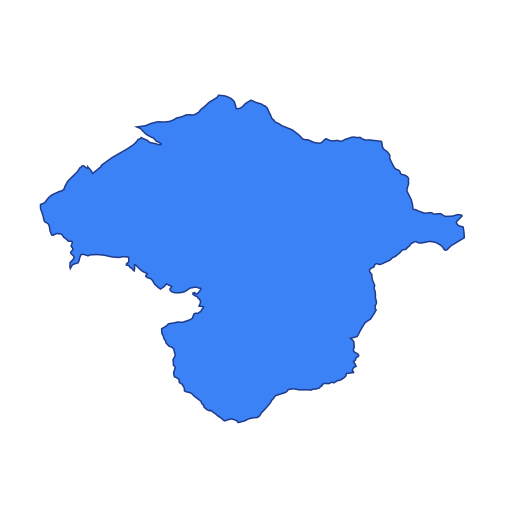 the district of Provita De Jos, Prahova, Romania, rotated 174°
{"feature_id": "2599482B19727908456593", "entity_name": "Provita De Jos", "entity_type": "district", "adm_level": 2, "iso_a3": "ROU", "parent_name": "Romania", "parent_adm1": "Prahova", "projection": "natural_earth1", "projection_center": [25.674, 45.11], "detail": "fine", "context": "isolated", "style": "filled", "palette": "blue", "viewbox_px": 512, "rotation_deg": 174, "n_neighbors": 0, "source": "geoboundaries", "source_scale": "gbopen_adm2", "svg_char_len": 6102}
<svg xmlns="http://www.w3.org/2000/svg" viewBox="0 0 512 512"><g transform="rotate(174 256 256)"><path d="M276.3,419.8L278.3,417.7L286.7,413.7L290.8,410.5L295.8,407.3L297.3,405.5L298.3,404.8L301.8,403.2L304.2,402.8L307.1,403.4L310.9,403.6L315.2,402.2L320.8,401.5L323.5,400.1L327.4,398.9L333.2,398.8L339.8,399.8L346.6,398.8L352.4,397.1L361.1,396.8L357.3,394.7L356.0,392.7L352.4,388.4L347.7,385.1L345.6,384.0L343.3,380.8L342.3,380.0L340.6,379.4L338.7,377.4L339.3,376.7L341.6,377.1L344.1,378.2L350.1,380.1L350.7,381.1L351.8,382.2L357.9,385.8L358.0,385.3L358.6,384.8L361.1,384.2L362.6,382.4L366.2,379.5L373.3,375.8L388.7,369.0L399.3,363.0L400.8,361.6L400.9,360.9L409.9,355.2L411.2,358.3L413.9,362.1L413.9,361.1L414.9,360.9L417.8,363.6L419.4,363.8L420.6,362.7L421.9,362.1L425.1,358.2L434.2,351.1L436.2,349.0L438.8,345.1L440.0,342.4L441.3,341.8L442.3,340.8L443.6,341.0L445.0,340.7L451.7,338.4L454.1,337.3L456.6,335.3L460.4,331.3L462.7,330.3L464.9,329.8L465.2,327.8L465.3,325.6L463.7,318.8L463.0,313.0L462.4,312.0L460.0,310.4L458.8,308.9L458.3,305.3L458.4,303.8L457.4,299.2L456.7,298.0L455.7,297.8L452.1,299.2L447.3,298.2L446.7,297.6L445.2,294.7L442.5,292.3L441.3,290.6L440.9,290.3L438.1,290.0L437.3,289.3L437.4,288.0L438.8,285.5L438.8,285.0L437.5,282.8L437.4,282.1L437.9,281.1L439.8,279.3L440.0,278.5L439.4,277.3L437.3,274.9L437.0,273.5L437.7,272.3L441.7,268.7L442.2,264.7L442.0,263.0L440.0,265.8L438.7,266.8L433.7,267.8L432.6,269.6L431.4,272.9L430.1,275.4L428.9,275.9L426.4,275.3L423.2,273.8L421.8,274.0L421.0,274.5L413.5,274.0L407.4,272.8L399.2,270.1L392.8,268.9L388.0,269.2L384.8,268.7L382.9,268.1L382.9,264.3L383.5,263.2L385.7,261.7L385.9,260.5L383.7,259.9L382.3,257.8L380.2,256.0L379.5,254.6L378.7,253.9L377.9,256.6L377.9,259.8L377.4,260.1L376.9,259.9L371.4,253.4L369.7,252.1L365.9,249.7L367.7,247.8L367.6,247.0L366.0,245.7L364.3,245.1L362.5,243.9L361.3,242.0L359.8,238.6L356.3,234.7L354.3,233.1L350.1,235.5L348.1,237.6L343.0,234.5L342.9,234.3L345.0,232.2L345.0,231.0L344.0,229.6L341.1,228.1L337.5,227.5L333.0,227.5L329.9,228.3L324.8,231.0L319.3,231.4L317.4,230.8L316.2,230.0L314.8,229.9L314.2,229.5L314.8,228.0L315.9,226.8L317.2,225.5L318.7,224.5L320.2,224.9L320.8,226.1L321.5,225.7L322.4,225.9L322.8,224.8L322.2,223.9L320.8,222.8L318.5,221.5L317.8,219.7L317.0,219.5L316.0,217.1L316.0,216.2L316.3,214.9L317.9,212.1L313.4,211.0L313.4,210.4L316.0,208.0L316.3,206.9L316.8,206.4L317.9,206.2L319.4,205.1L322.3,205.4L323.8,204.9L325.8,200.7L328.7,199.4L336.1,197.7L341.0,198.6L344.6,198.0L349.5,197.8L350.5,197.5L351.4,196.5L353.6,195.2L357.5,193.5L357.7,189.0L357.4,187.9L356.5,186.0L356.4,184.6L355.9,182.8L354.7,180.7L354.6,179.0L352.1,175.6L348.8,173.8L347.6,172.2L346.7,165.7L347.0,164.9L349.4,161.5L349.3,159.1L349.6,156.0L348.2,154.4L347.9,153.6L350.1,148.8L350.2,147.6L349.7,144.3L347.8,143.4L346.1,141.9L345.3,140.3L345.6,138.7L345.4,138.1L343.0,136.3L341.4,133.0L341.1,131.8L341.3,129.7L341.1,129.2L339.9,128.4L335.4,126.8L334.3,125.9L331.8,122.7L326.1,117.5L325.3,114.9L323.3,112.4L323.6,111.9L323.5,111.2L321.2,108.6L319.2,107.3L317.5,106.8L317.3,107.2L316.2,106.5L314.9,104.9L314.6,104.9L311.6,102.1L311.0,101.1L309.8,100.5L309.8,100.1L308.6,99.4L304.9,95.5L304.3,95.3L300.4,96.2L297.1,96.5L292.5,94.4L291.4,92.4L290.8,92.2L284.2,93.3L280.4,94.8L275.7,95.4L271.5,95.2L268.9,96.8L267.3,99.2L262.5,103.2L257.2,108.3L255.3,111.0L253.7,112.3L251.8,114.6L250.5,115.2L241.3,117.1L239.8,117.8L238.6,118.9L238.4,119.4L237.4,119.9L232.3,120.0L227.1,118.4L216.8,117.3L215.6,116.8L213.2,117.6L210.4,117.4L206.9,118.1L205.1,119.6L204.0,119.9L203.8,120.4L204.0,120.9L203.7,121.3L201.1,122.1L197.4,121.5L196.1,121.7L193.9,122.6L192.1,121.8L191.4,121.8L190.7,122.3L189.4,122.7L188.9,123.3L185.6,123.7L183.3,124.5L179.7,126.7L179.1,127.6L178.2,129.8L173.8,129.7L173.0,130.1L171.5,129.7L171.1,130.2L171.4,131.0L172.1,131.5L172.2,131.9L171.3,134.1L169.9,135.1L167.9,135.9L168.5,136.9L168.6,137.9L169.9,140.4L169.9,141.1L168.6,141.6L167.9,142.2L167.0,144.7L164.9,145.2L164.2,146.5L164.5,147.2L165.4,148.2L168.3,150.3L168.7,151.0L168.9,151.7L168.8,153.1L167.9,154.7L167.6,160.3L168.9,162.5L170.7,164.2L163.7,165.4L159.3,172.0L154.8,177.9L153.8,178.7L148.7,181.3L144.2,186.8L142.1,189.9L142.9,190.8L142.8,193.9L141.3,196.1L141.0,197.5L141.6,202.4L141.3,204.5L141.2,207.7L141.5,209.8L142.0,211.6L141.0,214.4L142.6,219.5L143.0,223.8L142.7,224.8L142.8,225.7L144.3,227.9L144.8,229.3L143.8,231.3L139.7,232.9L138.8,235.0L137.7,235.7L136.1,235.6L134.4,234.7L132.8,234.7L123.3,237.8L120.4,240.1L117.5,241.0L112.2,244.5L110.3,246.4L108.9,246.9L106.8,246.9L105.7,247.3L104.7,248.5L102.2,250.0L100.9,251.8L96.9,253.6L95.5,253.6L93.0,252.1L90.2,251.6L81.9,252.4L76.8,251.1L74.5,249.9L70.5,246.8L69.5,245.5L68.2,242.8L67.5,242.2L66.8,241.9L65.1,242.4L61.2,245.7L46.9,252.4L46.7,258.1L46.9,263.0L47.1,263.3L50.4,264.6L51.7,265.4L52.5,266.4L53.3,268.3L52.9,269.1L51.8,270.2L47.3,273.9L46.9,274.3L47.1,275.0L49.0,275.7L51.3,276.1L56.4,275.1L63.4,275.6L65.1,276.4L67.6,278.6L69.2,279.0L74.4,279.0L74.9,279.1L76.3,280.3L77.7,280.9L82.7,280.8L84.9,281.4L90.3,284.0L92.4,285.5L94.6,285.8L94.9,286.2L95.0,290.9L95.8,296.1L99.1,304.8L98.9,306.2L97.7,309.7L96.7,311.8L96.6,314.8L96.2,316.5L96.4,317.7L97.1,318.9L98.9,320.5L101.9,321.7L103.6,322.6L104.1,325.1L104.4,325.7L105.2,326.4L107.8,327.8L109.0,329.2L110.1,331.5L112.3,337.5L112.8,340.1L112.4,341.8L112.8,343.2L114.6,346.0L117.5,348.6L118.4,350.0L118.9,352.1L119.0,355.6L119.3,356.9L131.2,359.6L134.9,359.8L137.6,361.1L140.2,363.2L142.7,363.1L146.4,364.1L148.7,364.1L153.3,363.0L154.9,362.8L158.6,361.2L159.7,361.2L163.2,362.5L167.5,362.4L169.8,362.8L173.8,365.2L174.8,365.1L179.0,361.9L180.3,361.6L181.9,361.6L186.3,362.8L191.8,366.0L195.2,366.6L197.2,367.5L200.7,371.9L206.6,377.6L216.4,382.7L219.3,385.1L223.0,387.3L224.0,389.2L225.5,390.7L226.3,392.6L227.0,395.4L227.8,397.1L229.3,401.8L231.1,404.1L233.0,405.1L234.6,406.5L240.1,408.8L244.2,411.3L245.0,411.4L250.6,408.7L254.0,405.8L255.7,404.9L257.5,404.4L259.7,404.5L260.5,405.1L260.4,406.6L261.4,411.7L263.0,413.9L264.9,415.7L268.6,417.8L270.7,418.6L276.3,419.8Z" fill="#3b82f6" stroke="#1e3a8a" stroke-width="1.5"/></g></svg>